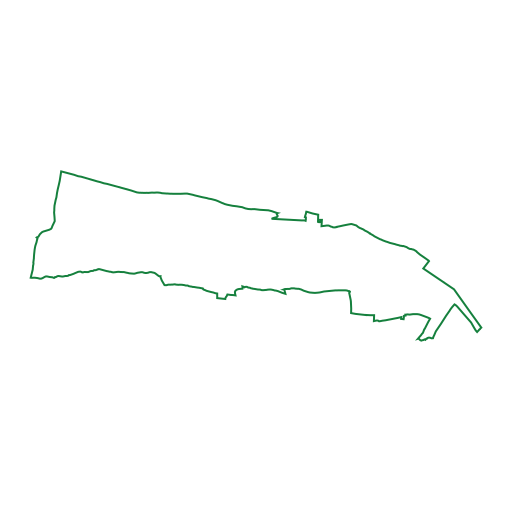 Cernatesti, Dolj, Romania
{"feature_id": "2599482B72523042760761", "entity_name": "Cernatesti", "entity_type": "district", "adm_level": 2, "iso_a3": "ROU", "parent_name": "Romania", "parent_adm1": "Dolj", "projection": "equal_earth", "projection_center": [23.471, 44.445], "detail": "fine", "context": "isolated", "style": "outline", "palette": "green", "viewbox_px": 512, "rotation_deg": 0, "n_neighbors": 0, "source": "geoboundaries", "source_scale": "gbopen_adm2", "svg_char_len": 5991}
<svg xmlns="http://www.w3.org/2000/svg" viewBox="0 0 512 512"><path d="M481.3,327.6L470.4,312.4L454.0,289.3L423.3,268.5L429.0,261.1L428.7,260.7L424.8,257.9L420.0,254.6L416.8,251.9L416.5,251.4L416.1,251.2L415.8,250.9L413.5,249.6L412.4,249.4L411.2,249.0L410.6,249.0L409.7,248.9L408.1,248.1L406.6,247.1L403.6,246.1L403.3,246.0L402.4,246.1L401.8,245.9L399.7,245.6L399.1,245.3L396.3,244.6L394.8,244.1L389.9,242.9L387.5,242.0L385.8,241.5L382.4,240.2L381.3,239.6L380.0,239.2L374.4,236.3L373.2,235.4L370.2,233.7L370.0,233.4L369.7,233.5L369.1,232.9L367.4,231.8L364.4,230.3L363.9,229.8L362.4,229.0L361.7,228.8L361.0,228.4L360.1,228.1L359.3,227.7L357.9,226.8L356.4,225.5L352.2,224.2L351.2,224.0L348.8,224.4L343.2,225.5L340.1,226.2L336.6,226.9L336.6,227.1L335.0,227.4L333.9,227.4L332.9,227.3L331.9,226.8L330.9,226.6L329.3,225.8L328.7,225.6L328.0,225.5L326.9,225.5L324.9,225.8L321.5,226.2L321.9,219.9L320.1,219.9L320.1,222.1L319.7,222.2L319.3,222.0L318.9,222.0L318.3,222.1L318.0,221.9L318.2,214.7L312.6,213.5L307.0,211.8L306.3,211.7L305.8,214.1L305.3,215.5L304.9,217.1L305.9,217.4L305.8,218.6L305.9,219.0L305.6,220.8L304.8,220.5L303.9,220.4L301.4,220.4L271.6,218.8L273.1,218.1L276.4,217.2L277.0,216.9L277.5,216.5L277.6,216.0L277.6,215.7L276.9,214.5L276.7,213.9L276.7,213.6L277.0,213.3L277.5,213.1L277.0,213.0L271.6,211.1L268.3,210.3L260.0,209.8L254.4,209.1L251.0,209.2L248.2,209.0L245.4,208.4L242.2,207.2L240.4,206.9L239.7,206.8L236.8,206.3L232.5,205.8L227.1,204.7L224.6,204.0L223.1,203.3L222.6,203.2L217.7,201.0L215.6,200.2L211.4,199.1L208.5,198.6L206.9,198.1L202.3,197.2L194.8,195.4L192.8,194.8L187.2,193.6L185.0,193.6L180.6,193.8L177.0,193.8L173.8,193.8L169.6,193.7L167.1,193.5L166.1,193.5L161.9,193.2L160.4,192.8L157.5,192.5L156.3,192.5L154.8,192.7L151.8,192.6L148.2,192.9L146.9,192.8L145.0,192.9L139.1,192.7L136.9,192.4L130.8,190.4L107.1,183.9L103.9,183.3L100.2,182.1L97.3,181.4L81.2,176.7L78.1,176.2L74.1,174.8L61.2,171.4L59.7,180.9L58.8,184.9L57.7,189.5L57.0,193.1L56.4,197.4L55.7,199.8L54.5,205.6L54.3,208.7L54.3,210.3L54.1,212.5L54.5,217.1L54.7,220.2L54.7,221.2L52.4,226.0L51.7,227.9L51.1,228.8L49.4,229.7L44.5,231.2L43.4,231.5L42.0,232.2L40.0,234.1L39.1,235.5L38.4,236.7L37.9,237.0L36.7,237.4L36.6,237.5L37.4,238.1L37.5,238.5L37.1,239.6L36.5,242.3L35.4,245.6L35.0,247.4L34.6,249.8L34.1,254.5L33.9,257.4L33.9,258.2L33.3,262.7L33.5,263.1L33.3,264.9L33.1,265.4L32.7,269.7L30.7,277.7L31.5,277.8L34.7,277.7L37.7,278.1L40.0,278.7L41.0,278.7L42.6,278.1L44.5,277.0L45.6,276.5L46.3,276.4L47.4,276.5L49.6,277.0L52.5,277.3L53.9,277.9L54.2,277.9L54.5,277.8L54.8,277.2L56.3,276.9L56.8,276.5L57.8,276.1L58.6,276.0L61.8,276.5L63.0,276.5L64.0,276.3L65.3,276.0L66.9,276.0L67.8,275.8L68.5,275.6L68.9,275.1L70.2,275.0L73.6,273.8L74.9,273.2L78.0,271.9L79.0,271.7L80.4,271.6L82.1,272.2L82.2,272.4L82.8,272.4L83.4,272.3L84.2,272.0L88.0,272.1L88.9,271.8L90.0,271.3L91.0,271.0L92.8,270.9L93.5,270.7L94.1,270.2L95.4,270.2L96.0,270.1L96.6,269.8L97.8,269.5L98.0,269.2L98.4,269.1L99.1,269.1L100.1,269.3L107.1,271.2L107.5,271.2L109.6,271.7L110.9,271.8L111.6,272.1L112.5,272.2L113.0,272.4L115.1,272.2L117.2,271.9L118.9,271.8L120.5,272.0L124.1,272.1L126.5,272.7L127.7,272.9L129.2,273.3L131.4,273.5L134.1,273.7L135.5,273.4L137.4,272.8L141.0,272.2L142.1,272.2L142.8,272.3L143.8,272.7L145.3,273.0L146.4,273.0L148.2,272.7L149.4,272.2L151.0,272.1L154.5,272.9L155.6,273.6L158.7,276.0L159.3,276.2L160.5,276.2L160.4,276.7L160.7,277.7L161.8,280.5L164.5,285.1L166.0,285.2L166.8,285.1L168.1,284.7L172.4,284.6L174.7,284.3L175.3,284.4L175.9,284.6L178.3,284.8L180.3,284.7L182.3,284.8L183.2,285.0L183.8,285.0L185.7,285.5L187.4,285.5L187.9,285.6L188.6,286.1L190.6,286.5L191.6,286.6L192.5,286.9L194.1,287.0L197.6,287.6L198.8,287.7L202.0,288.3L202.8,288.4L203.1,288.8L203.2,289.3L203.9,289.7L205.3,290.2L206.5,290.8L210.6,291.9L212.3,292.3L212.9,292.4L213.9,292.7L215.3,293.2L217.2,293.5L217.2,298.1L225.3,299.0L225.4,298.1L226.1,296.8L226.6,296.3L227.4,294.5L230.4,294.9L233.5,295.1L235.5,295.4L235.1,293.7L234.9,292.0L235.4,290.8L236.5,289.9L237.4,289.4L238.9,289.0L242.5,288.7L242.6,288.3L242.4,286.4L243.1,286.7L243.6,286.7L244.5,287.3L244.8,287.1L245.4,286.9L246.4,286.8L247.0,286.9L248.1,287.5L250.0,287.8L251.0,288.3L251.4,288.4L252.0,288.4L252.7,288.7L254.4,288.9L257.8,289.5L260.1,289.6L261.5,290.1L262.9,290.2L266.5,289.9L268.1,289.6L270.7,289.5L273.2,290.0L274.8,290.5L275.6,290.5L277.9,291.1L282.1,292.8L285.4,293.8L284.3,289.6L283.7,289.5L284.7,289.1L285.7,289.0L289.6,288.9L291.4,288.3L292.1,288.3L294.0,288.3L295.3,288.6L297.7,288.8L298.8,288.8L299.8,289.1L301.2,289.5L303.7,290.7L308.1,292.1L309.8,292.5L313.3,292.8L315.0,292.9L318.5,292.6L320.0,292.4L324.0,291.5L335.3,290.4L342.6,290.3L345.0,290.3L346.9,290.5L348.3,291.0L348.6,291.2L349.2,291.1L349.9,291.6L349.8,292.1L349.4,292.6L349.2,293.1L349.4,293.8L350.4,298.6L350.7,300.0L350.9,301.6L351.2,308.6L351.1,313.1L355.5,313.9L366.4,315.1L367.3,315.1L364.9,314.9L370.1,315.2L374.1,315.2L374.0,318.6L373.9,321.1L376.5,320.5L377.3,320.5L378.2,320.7L379.1,321.3L380.5,321.1L382.4,320.7L385.5,320.3L388.5,319.7L390.7,319.3L394.7,318.5L397.4,318.0L401.3,317.1L401.1,318.9L403.6,319.2L403.8,317.8L403.9,315.9L404.1,315.8L405.5,315.6L405.4,314.7L405.9,314.7L407.2,314.4L409.7,314.6L413.3,314.1L416.9,314.1L419.1,314.4L421.0,315.0L426.9,317.2L429.1,318.1L430.1,318.7L428.2,322.0L424.7,328.9L424.4,329.1L424.1,329.7L423.3,331.9L422.9,332.9L422.0,333.8L420.7,335.6L420.0,336.3L418.0,338.7L418.3,338.6L418.7,338.7L419.6,339.5L420.3,340.2L421.0,340.5L421.5,340.6L422.0,340.3L423.6,340.0L424.4,339.4L424.7,339.4L425.4,339.8L425.7,339.3L425.9,339.1L426.1,338.9L426.8,338.8L427.0,338.4L427.3,338.1L428.5,337.7L429.3,337.7L429.9,337.7L431.6,338.3L432.0,338.3L433.0,338.2L433.4,336.8L434.2,335.2L435.8,331.4L440.9,323.9L446.2,315.6L449.7,310.6L450.2,309.7L451.9,307.4L454.5,304.4L455.8,305.2L457.2,306.5L465.6,316.2L471.1,322.5L474.3,328.1L475.7,330.4L477.1,332.0L477.9,331.1L478.5,330.6L479.2,329.6L480.0,329.1L480.4,328.4L481.3,327.6Z" fill="none" stroke="#15803d" stroke-width="2"/></svg>